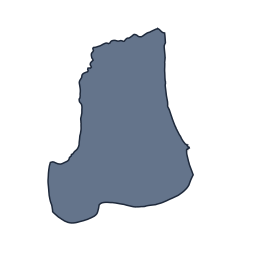 Ar Raydah wa Qussay'ar, Hadramawt, Yemen (Mercator projection), rotated 279°
{"feature_id": "15242507B55233567675049", "entity_name": "Ar Raydah wa Qussay'ar", "entity_type": "district", "adm_level": 2, "iso_a3": "YEM", "parent_name": "Yemen", "parent_adm1": "Hadramawt", "projection": "mercator", "projection_center": [50.363, 15.159], "detail": "fine", "context": "isolated", "style": "filled", "palette": "slate", "viewbox_px": 256, "rotation_deg": 279, "n_neighbors": 0, "source": "geoboundaries", "source_scale": "gbopen_adm2", "svg_char_len": 5142}
<svg xmlns="http://www.w3.org/2000/svg" viewBox="0 0 256 256"><g transform="rotate(279 128 128)"><path d="M33.5,66.7L32.3,68.3L30.2,71.6L29.2,73.2L28.5,74.8L27.6,76.7L26.9,78.4L26.2,80.0L25.8,81.8L25.4,83.4L25.3,85.5L25.4,87.3L25.8,89.3L26.4,91.4L27.2,93.3L28.0,95.0L29.6,98.7L30.6,100.6L31.5,102.4L32.5,103.9L33.5,105.5L34.5,106.9L35.6,108.4L37.0,109.7L38.6,110.7L40.3,111.1L42.2,111.3L44.1,111.5L47.5,111.5L49.0,112.6L50.0,114.0L50.7,115.9L51.1,117.6L51.4,119.6L51.6,122.2L51.9,124.1L52.0,127.8L51.9,132.2L51.9,134.1L51.9,136.1L51.6,138.2L51.2,143.6L51.1,145.5L51.2,147.5L51.6,149.6L51.9,151.3L52.4,153.2L52.7,155.0L53.1,156.7L54.0,158.5L54.6,160.2L55.3,162.5L56.7,167.5L57.1,168.1L59.0,172.2L60.0,174.0L60.2,174.3L62.2,177.5L63.4,179.2L64.6,181.0L65.8,182.9L67.1,184.8L69.2,187.9L70.3,189.1L73.0,191.8L74.5,193.1L76.1,194.3L77.5,195.3L79.2,196.2L81.0,197.0L84.5,197.7L86.5,198.1L90.1,199.1L91.9,199.7L94.8,198.1L96.2,197.3L99.9,195.2L101.5,194.3L101.8,194.2L102.1,194.1L102.7,193.8L103.0,193.7L104.4,193.0L105.4,192.6L105.7,192.5L107.1,191.9L110.0,190.7L111.5,190.1L113.2,189.7L113.3,189.7L113.7,189.6L114.1,189.6L114.5,189.4L115.5,189.3L116.0,189.4L116.0,189.5L116.3,189.8L116.2,190.0L116.2,190.3L116.3,190.3L116.6,190.3L116.8,190.4L116.9,190.5L117.0,190.6L117.4,190.5L117.5,190.6L117.6,190.8L117.6,191.1L117.7,191.4L117.8,191.3L118.0,191.4L118.3,191.5L118.4,191.4L118.5,191.4L118.6,191.1L118.6,190.9L118.8,190.4L119.0,190.1L119.2,189.9L119.5,189.5L119.8,189.5L119.8,189.4L120.1,189.0L120.3,188.9L120.4,189.0L120.4,188.9L120.5,188.9L120.5,188.7L120.8,188.5L121.0,188.5L121.3,188.4L121.2,188.4L121.1,188.5L121.0,188.3L120.9,188.2L120.9,187.7L121.0,187.4L121.1,187.2L121.5,186.7L121.8,186.4L122.8,185.3L124.1,184.0L124.7,183.5L125.4,182.9L125.9,182.5L127.1,181.7L127.4,181.4L127.9,181.2L128.0,181.1L128.7,180.4L129.1,180.0L129.5,179.7L130.0,179.3L132.1,177.8L132.3,177.6L132.7,177.3L133.9,176.5L134.1,176.4L134.2,176.2L135.2,175.5L135.3,175.5L135.5,175.4L135.8,175.3L135.9,175.1L136.1,175.0L136.3,174.9L136.5,174.7L136.8,174.6L136.9,174.4L137.1,174.4L137.3,174.2L138.9,173.2L139.1,173.1L139.3,173.0L139.5,172.9L139.7,172.7L139.8,172.7L140.3,172.4L141.0,172.0L141.7,171.6L141.8,171.5L142.0,171.4L142.7,171.1L142.9,170.9L143.5,170.6L143.7,170.4L143.9,170.3L144.0,170.3L144.3,170.2L144.6,170.0L145.1,169.8L145.3,169.6L145.8,169.4L146.0,169.3L146.2,169.2L147.3,168.6L150.4,167.0L152.7,165.8L153.2,165.3L153.6,165.2L154.0,164.9L154.1,164.7L155.1,164.0L155.6,163.8L155.8,163.7L157.2,163.5L157.4,163.5L157.7,163.5L158.0,163.4L159.9,163.0L160.5,162.8L160.8,162.7L165.9,160.9L169.4,159.9L174.3,158.5L175.7,158.1L177.2,158.0L177.6,158.1L179.8,157.7L180.5,157.3L183.5,156.6L186.1,156.1L188.6,155.6L190.3,155.2L191.3,155.1L191.9,154.9L192.6,154.9L196.4,154.4L197.7,154.2L197.9,154.1L198.8,153.9L199.9,153.9L201.0,153.8L201.8,153.8L202.1,153.7L202.7,153.7L203.1,153.7L203.8,153.5L206.1,153.0L208.0,152.5L211.1,151.7L213.5,151.1L214.9,150.9L215.5,151.0L216.6,151.2L217.1,151.3L217.8,151.6L218.2,151.6L221.7,150.8L225.1,150.0L227.6,149.3L227.6,148.4L227.8,147.1L228.5,145.9L229.3,144.7L230.0,143.8L230.7,142.4L230.5,141.6L230.4,141.2L230.5,141.2L230.4,141.1L229.8,139.8L229.1,138.8L228.3,137.6L226.8,135.4L226.0,134.4L225.5,133.2L224.8,132.0L223.9,131.0L223.0,130.0L221.1,128.1L220.3,127.1L220.0,125.8L219.9,124.5L220.4,123.2L221.1,122.1L221.4,120.9L221.4,119.4L220.5,118.4L219.5,117.6L218.5,116.6L217.5,115.6L216.9,114.6L216.6,113.2L215.5,112.1L214.4,111.4L213.2,110.8L212.8,109.6L213.2,108.4L213.2,107.1L212.7,106.0L212.2,104.6L212.3,103.4L212.5,101.9L212.4,100.6L212.0,99.3L211.4,98.1L210.4,97.3L209.2,96.9L208.3,95.6L208.5,94.4L208.5,93.1L207.9,91.9L207.2,90.8L206.5,89.8L205.5,88.6L204.8,87.6L204.2,86.4L203.6,85.2L203.0,84.1L202.5,82.9L202.2,81.5L201.3,80.8L200.1,81.2L198.9,81.8L197.7,81.3L196.7,80.6L195.4,80.2L194.1,80.4L192.9,80.8L191.6,81.3L190.6,82.3L189.4,82.9L188.4,82.1L187.3,81.3L186.1,80.7L184.5,80.8L183.5,81.6L182.5,82.3L181.3,81.6L181.2,80.3L180.9,79.1L179.6,79.0L178.4,79.7L177.2,79.3L176.7,78.2L175.9,76.9L175.2,75.8L174.3,74.9L173.1,74.3L171.9,74.3L170.5,74.3L168.0,73.2L166.8,72.8L165.6,72.7L164.3,73.0L162.9,73.5L160.5,74.3L159.2,74.7L157.9,75.0L156.6,75.2L155.3,75.3L153.9,75.4L152.7,75.7L151.3,75.8L150.1,75.8L148.9,75.2L147.6,75.5L146.3,76.0L145.4,77.0L144.5,78.0L143.4,78.7L142.1,79.1L140.7,79.4L139.4,79.5L136.8,79.9L135.3,80.1L134.0,80.0L132.7,80.0L131.4,79.9L130.2,79.8L128.9,80.0L127.5,80.4L126.3,80.6L125.0,81.0L123.7,81.1L121.1,81.6L119.8,81.8L118.5,81.9L114.6,81.9L113.3,81.7L111.9,81.7L110.6,81.8L109.3,81.9L106.7,82.0L105.4,82.1L104.1,82.3L102.8,82.2L101.6,82.0L100.3,81.6L99.1,81.1L98.0,80.3L97.0,79.4L95.9,78.6L94.8,78.1L93.6,77.4L93.0,76.3L91.7,76.4L90.7,75.6L89.7,74.8L88.4,74.7L87.2,74.4L86.2,73.7L85.3,72.7L84.6,71.6L83.0,69.3L82.3,68.2L81.8,67.0L81.7,65.6L81.7,64.2L82.3,61.7L82.7,60.4L82.8,59.0L82.3,57.7L81.8,56.7L78.1,56.3L76.3,56.3L74.5,56.3L72.6,56.4L70.8,56.5L68.1,56.8L66.1,57.0L63.9,57.2L62.1,57.5L60.3,57.9L58.4,58.4L54.8,59.3L53.1,59.7L51.1,60.2L49.1,60.7L47.4,61.3L45.7,61.9L43.5,62.8L41.9,63.6L40.2,64.6L38.7,65.2L35.2,66.3L33.5,66.7Z" fill="#64748b" stroke="#1e293b" stroke-width="1.5"/></g></svg>